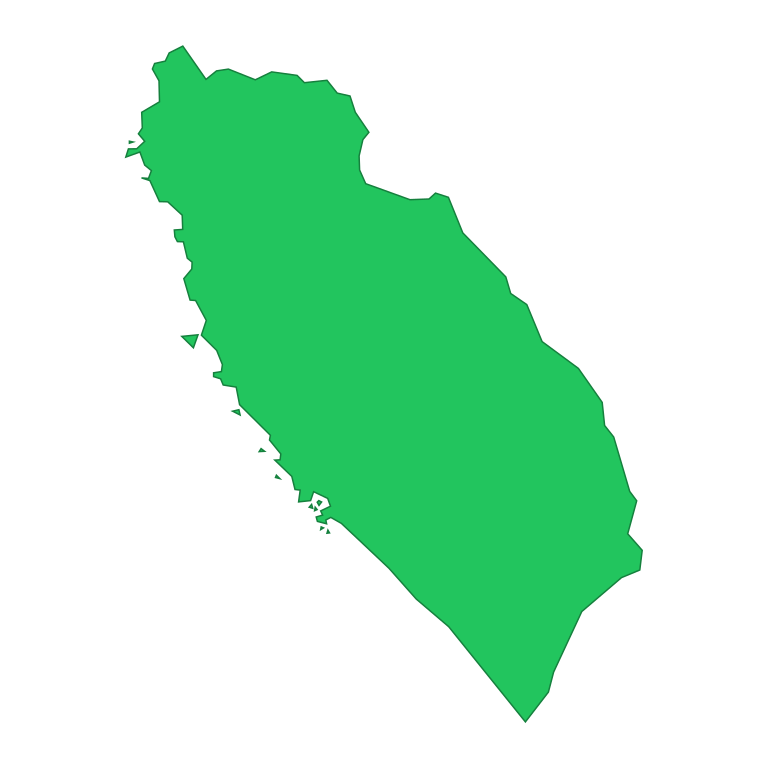 outline of Aceh Jaya, Aceh, Indonesia
{"feature_id": "22746128B21424895456858", "entity_name": "Aceh Jaya", "entity_type": "district", "adm_level": 2, "iso_a3": "IDN", "parent_name": "Indonesia", "parent_adm1": "Aceh", "projection": "robinson", "projection_center": [95.543, 4.811], "detail": "medium", "context": "isolated", "style": "filled", "palette": "green", "viewbox_px": 768, "rotation_deg": 0, "n_neighbors": 0, "source": "geoboundaries", "source_scale": "gbopen_adm2", "svg_char_len": 1926}
<svg xmlns="http://www.w3.org/2000/svg" viewBox="0 0 768 768"><path d="M636.7,500.8L629.7,491.4L613.7,437.0L604.6,425.5L602.2,402.4L578.4,368.4L542.1,341.6L526.8,304.6L510.7,293.5L505.8,276.9L462.8,232.9L448.4,197.3L435.5,193.1L429.0,199.0L410.0,199.7L365.7,183.7L359.6,170.0L359.1,155.9L362.9,139.6L368.9,132.3L355.3,112.3L350.0,96.0L337.2,93.1L327.0,80.3L304.4,82.7L297.1,75.4L271.7,71.9L255.3,79.8L228.4,69.1L216.5,70.9L206.0,79.4L182.8,46.1L169.2,52.9L165.3,61.1L154.6,63.5L152.4,69.0L159.0,80.8L159.5,101.8L141.7,112.3L142.3,128.0L138.4,133.8L144.7,141.3L136.7,148.8L128.4,148.9L125.8,157.1L139.9,152.0L144.7,165.1L151.4,170.6L148.5,178.4L141.5,177.9L149.9,180.6L159.5,201.6L167.7,201.8L182.2,215.2L182.7,229.4L174.3,230.0L174.9,236.8L177.4,241.6L183.4,241.8L187.3,258.2L192.1,262.1L191.8,269.0L183.8,278.6L190.1,300.1L195.6,300.5L206.3,320.4L201.4,335.2L216.7,350.4L222.4,364.6L221.4,371.6L213.6,372.8L213.6,376.6L220.6,378.8L223.2,385.0L236.2,387.1L239.6,404.7L270.4,435.3L269.5,440.0L280.8,453.9L280.1,459.8L274.8,460.1L291.8,476.4L295.0,489.5L300.2,490.1L298.6,501.9L310.6,500.6L313.6,491.7L327.7,498.4L330.5,506.2L320.7,510.9L322.6,515.1L316.2,517.0L317.4,521.4L326.6,523.8L325.8,520.0L330.8,517.4L341.4,523.4L389.0,568.3L416.2,599.0L448.7,626.7L525.4,721.9L548.4,692.1L553.6,672.1L581.8,611.5L621.5,577.6L639.8,570.0L642.2,550.3L627.7,533.8L636.7,500.8ZM198.0,334.8L181.8,336.4L193.4,347.8L198.0,334.8ZM240.1,415.0L238.9,409.7L232.6,411.2L240.1,415.0ZM319.0,505.4L321.6,502.0L318.8,500.6L317.2,502.2L319.0,505.4ZM309.2,507.2L312.7,508.3L311.6,504.4L309.2,507.2ZM264.6,451.3L261.1,448.6L259.2,451.6L264.6,451.3ZM129.4,143.2L133.1,142.0L129.4,141.2L129.4,143.2ZM279.8,478.6L276.4,475.2L275.5,477.5L279.8,478.6ZM314.6,510.7L317.1,509.6L315.2,507.2L314.6,510.7ZM320.7,529.6L323.5,527.9L321.2,526.9L320.7,529.6ZM327.0,533.2L329.5,532.9L327.9,530.1L327.0,533.2Z" fill="#22c55e" stroke="#15803d" stroke-width="1.5"/></svg>